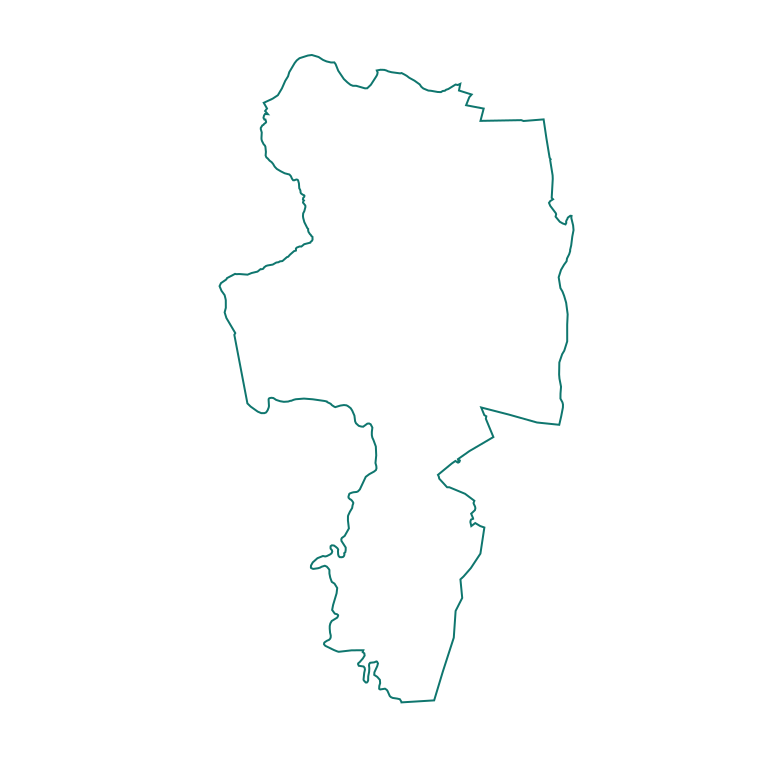 Matlapa, San Luis Potosí, Mexico (Albers equal-area conic projection), rotated 281°
{"feature_id": "50627088B6304595362200", "entity_name": "Matlapa", "entity_type": "district", "adm_level": 2, "iso_a3": "MEX", "parent_name": "Mexico", "parent_adm1": "San Luis Potosí", "projection": "albers", "projection_center": [-98.85, 21.333], "detail": "fine", "context": "isolated", "style": "outline", "palette": "teal", "viewbox_px": 768, "rotation_deg": 281, "n_neighbors": 0, "source": "geoboundaries", "source_scale": "gbopen_adm2", "svg_char_len": 6136}
<svg xmlns="http://www.w3.org/2000/svg" viewBox="0 0 768 768"><g transform="rotate(281 384 384)"><path d="M83.0,493.6L112.7,496.6L148.3,500.9L174.9,497.6L188.9,501.6L206.8,496.3L210.2,498.8L219.9,504.4L235.9,511.0L262.3,509.9L262.9,505.6L264.9,500.1L261.2,496.8L265.0,495.1L266.6,495.1L267.6,495.4L268.7,497.2L269.3,497.0L273.3,494.3L277.5,497.3L279.5,497.4L281.0,496.8L283.6,494.9L284.3,494.6L286.6,495.0L291.7,484.5L295.1,467.9L294.7,465.6L301.6,456.3L303.7,455.4L305.1,454.3L318.9,465.7L322.1,468.8L321.0,471.2L321.0,471.8L321.8,472.8L323.3,473.1L323.5,472.9L323.1,471.6L324.3,470.9L334.5,480.7L352.8,501.5L369.3,490.6L371.8,490.6L372.6,488.4L379.5,483.9L377.8,512.5L375.4,541.5L377.4,563.8L386.1,564.1L395.1,564.1L398.0,563.6L400.0,562.7L403.3,560.0L408.2,559.1L415.1,558.3L422.8,555.2L426.7,554.1L438.6,552.0L447.3,553.2L451.1,554.6L460.8,555.7L477.2,552.5L487.4,551.0L498.5,547.3L504.9,544.0L508.9,541.5L511.8,538.9L522.1,535.1L529.8,536.0L535.5,538.0L539.3,539.8L542.1,539.7L546.7,541.0L550.2,541.4L550.9,541.1L555.8,541.3L564.6,540.7L571.2,540.7L575.7,539.4L582.7,536.2L584.8,536.0L584.7,534.8L582.4,532.7L581.0,532.5L579.3,531.9L578.0,531.8L576.9,532.2L575.3,531.7L575.7,528.8L576.4,526.8L576.8,525.6L581.0,520.5L583.5,520.6L584.5,520.0L590.6,513.2L593.3,511.4L595.3,512.3L597.6,514.7L598.7,513.1L617.6,510.5L621.0,509.7L635.7,504.3L636.4,504.7L637.7,503.4L656.3,496.5L674.2,490.2L668.8,470.8L669.2,468.4L660.7,428.5L673.4,429.3L673.3,411.4L681.8,413.0L684.9,414.8L686.4,401.6L693.2,401.6L691.6,399.4L691.6,397.1L685.8,390.8L684.7,388.8L683.5,387.8L682.8,385.7L681.4,384.2L680.9,381.0L680.8,374.1L680.5,371.5L681.6,366.2L682.9,363.9L684.9,361.9L687.6,356.0L689.4,350.4L690.8,347.6L691.6,345.3L692.6,341.9L692.0,340.6L691.5,332.0L691.7,328.4L692.2,326.6L692.4,324.3L691.8,320.6L690.4,317.1L688.6,318.3L686.5,318.3L684.7,317.8L675.2,314.0L671.1,311.1L670.6,308.9L671.4,299.9L670.8,296.6L671.3,294.0L673.1,290.5L675.7,286.4L682.8,279.3L688.7,275.5L690.2,273.9L689.5,270.7L689.7,266.0L690.5,262.3L692.5,257.4L693.2,250.4L691.9,246.6L687.7,238.9L685.0,236.6L682.1,235.1L672.0,231.5L667.7,231.1L662.7,229.2L654.7,227.4L647.2,224.7L642.8,220.2L637.1,212.3L632.1,216.6L629.3,215.2L626.7,218.5L626.4,215.7L624.6,215.0L622.3,214.9L620.8,216.1L621.0,217.1L620.1,217.5L619.5,218.0L618.6,218.3L618.0,218.1L616.3,216.6L615.4,216.2L614.6,215.2L611.9,214.2L610.7,214.4L607.6,216.0L601.9,216.8L600.5,217.2L599.2,217.9L596.4,220.1L595.3,221.6L594.3,222.3L589.3,223.8L585.7,224.2L584.0,225.3L583.2,226.8L581.4,229.1L580.3,231.4L578.8,233.2L576.5,235.2L574.7,237.7L573.1,242.1L571.9,246.3L571.6,251.2L570.2,253.0L568.1,254.4L566.7,255.9L566.8,256.9L568.0,258.9L568.0,260.1L567.5,260.8L564.7,262.2L559.9,263.5L558.8,264.5L557.5,265.2L556.2,265.5L555.3,266.1L554.4,267.9L554.0,269.6L553.6,270.0L552.6,270.0L551.3,269.2L549.7,269.2L549.4,269.4L548.9,270.4L547.8,269.9L546.6,269.9L544.2,272.7L542.8,273.1L538.5,272.8L536.1,272.1L533.4,272.4L531.6,273.0L527.7,274.9L522.5,278.9L521.7,280.0L520.7,280.1L519.0,280.8L516.9,282.8L516.5,283.6L515.6,284.3L514.8,285.7L512.1,286.3L510.9,286.0L509.4,284.8L508.7,284.7L506.0,279.0L503.2,276.7L502.9,274.9L501.3,272.4L500.2,271.7L498.2,272.1L497.2,270.3L493.1,267.1L490.6,265.6L490.0,264.5L485.3,260.8L484.5,258.4L483.4,257.2L482.7,255.1L480.0,252.0L478.1,247.0L477.3,245.6L475.4,243.9L474.5,243.7L473.8,243.1L473.2,241.6L473.2,240.9L470.2,238.4L467.7,232.9L465.3,229.2L464.4,221.4L463.6,217.8L463.7,216.8L458.0,209.7L456.5,209.2L451.9,204.7L448.7,203.9L444.6,206.6L440.8,210.6L437.8,212.0L436.1,212.7L428.6,214.2L423.9,213.9L418.7,216.7L405.6,228.3L403.7,227.7L339.7,253.3L338.9,253.6L336.4,257.4L332.8,265.3L332.0,269.0L332.6,272.2L333.6,273.7L335.8,274.7L338.8,275.3L340.4,275.3L346.6,273.7L347.4,273.7L348.0,274.0L348.5,274.8L349.0,276.2L349.1,278.1L347.8,281.2L347.3,285.4L347.4,289.1L348.5,293.3L349.6,295.2L349.8,296.1L351.3,298.4L352.2,300.3L354.4,308.2L355.4,317.0L356.0,329.0L355.9,331.3L355.4,331.7L354.4,335.4L353.3,336.9L352.2,339.6L352.0,340.6L354.5,345.3L355.7,348.7L355.9,351.3L355.3,353.1L353.9,355.9L351.8,357.9L347.3,361.0L341.8,362.8L340.1,364.0L338.6,366.4L338.1,367.3L337.9,369.7L338.1,371.7L341.9,375.2L342.4,376.9L341.9,378.6L339.0,380.9L334.7,381.2L331.5,381.8L329.1,382.8L326.9,384.4L321.1,387.9L312.4,390.0L304.8,390.7L302.0,392.1L299.8,392.7L298.0,392.5L296.1,390.9L292.7,386.8L289.4,383.8L275.9,380.4L273.6,378.9L272.8,377.7L271.9,374.7L271.2,373.2L270.0,371.3L269.5,370.9L266.7,370.6L265.6,370.9L264.5,372.4L264.1,373.7L263.4,374.8L261.8,376.4L260.8,376.6L259.0,376.3L256.2,376.4L252.1,374.9L248.1,373.9L247.1,373.9L243.3,374.6L235.5,377.1L227.4,374.4L224.8,372.0L223.5,371.7L221.8,372.2L216.2,377.6L213.6,378.1L211.4,378.1L210.3,377.2L209.0,377.7L207.8,377.6L206.6,377.0L205.9,375.7L205.6,373.5L206.5,372.3L208.0,371.5L211.2,370.7L212.8,370.6L213.9,369.6L215.0,367.7L215.9,365.7L215.7,363.6L214.7,362.6L213.8,362.6L212.2,363.0L210.9,364.6L209.6,365.2L207.7,364.8L206.3,363.5L204.1,360.6L203.5,359.2L203.5,356.9L200.3,351.9L195.3,348.1L191.9,347.0L190.1,347.2L189.5,347.5L189.0,349.4L189.1,350.2L190.6,354.5L191.7,356.5L192.7,357.6L194.3,360.6L193.8,362.7L192.0,365.0L191.0,365.9L187.5,366.6L183.6,368.2L179.8,370.5L178.6,373.5L174.8,377.0L169.5,377.4L157.4,376.2L152.3,376.2L149.2,379.5L149.0,381.9L148.4,383.0L147.8,383.2L145.8,382.7L141.4,377.9L138.7,377.0L136.1,376.9L133.5,377.4L129.6,378.5L127.0,379.7L125.2,380.0L123.8,379.8L122.4,378.9L121.0,376.9L119.1,375.0L118.5,374.7L117.2,374.7L116.1,375.8L115.6,377.0L113.3,385.6L112.6,389.2L112.5,390.7L116.4,403.1L118.7,414.5L116.8,414.2L115.8,416.1L113.7,416.8L110.5,415.6L106.2,413.1L105.3,412.2L104.2,411.9L102.6,413.0L102.8,417.9L101.6,419.2L99.9,419.8L96.7,419.7L90.0,420.3L89.2,420.7L87.5,423.0L87.7,424.1L88.6,424.7L90.0,425.0L94.0,424.3L98.7,424.3L102.3,423.8L104.8,423.0L106.3,422.9L107.7,423.6L108.9,427.5L110.2,429.4L110.1,430.1L108.6,431.4L105.8,431.2L99.2,429.6L96.6,429.9L95.2,433.3L92.8,436.4L89.6,437.3L86.7,437.0L83.9,437.4L83.4,438.5L85.1,443.1L84.3,445.0L83.4,446.0L78.8,449.2L77.9,450.7L77.5,452.5L77.7,456.9L77.6,459.7L75.4,461.7L74.8,461.9L83.0,493.6Z" fill="none" stroke="#0f766e" stroke-width="2"/></g></svg>